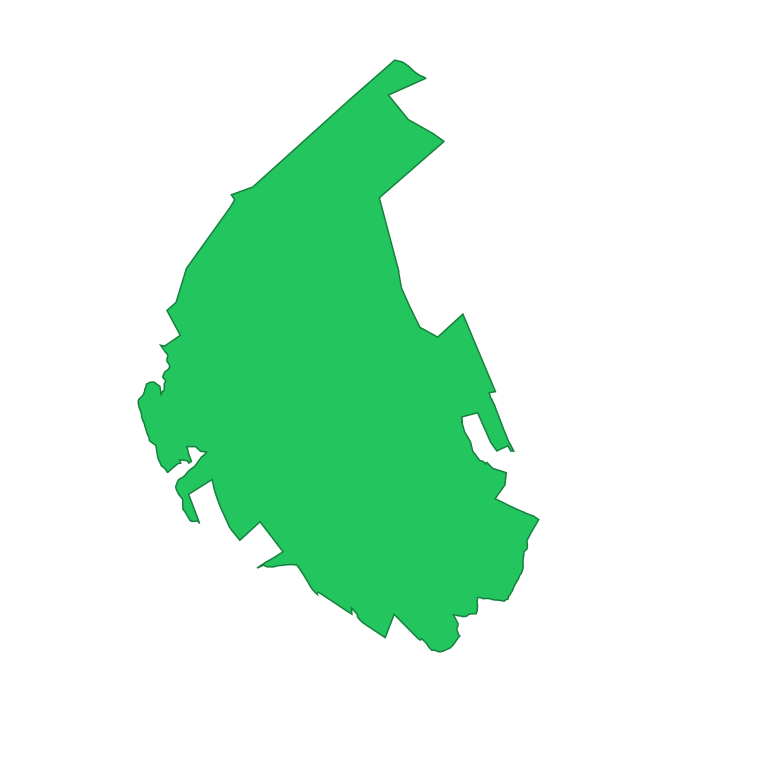 Acacoyagua, Chiapas, Mexico (Equal Earth projection), rotated 318°
{"feature_id": "50627088B49299512853097", "entity_name": "Acacoyagua", "entity_type": "district", "adm_level": 2, "iso_a3": "MEX", "parent_name": "Mexico", "parent_adm1": "Chiapas", "projection": "equal_earth", "projection_center": [-92.715, 15.405], "detail": "fine", "context": "isolated", "style": "filled", "palette": "green", "viewbox_px": 768, "rotation_deg": 318, "n_neighbors": 0, "source": "geoboundaries", "source_scale": "gbopen_adm2", "svg_char_len": 6159}
<svg xmlns="http://www.w3.org/2000/svg" viewBox="0 0 768 768"><g transform="rotate(318 384 384)"><path d="M271.8,622.0L271.6,620.6L271.8,619.6L272.3,618.9L272.6,618.0L273.1,617.2L273.2,616.3L273.9,615.0L275.1,614.1L275.6,614.0L276.4,613.6L276.8,613.2L277.5,612.8L278.6,611.8L281.2,602.1L281.9,603.0L282.5,603.4L283.2,604.4L283.7,605.4L284.3,606.1L284.6,606.6L285.8,607.8L287.2,609.9L287.8,610.4L288.9,611.1L289.9,611.8L291.0,611.9L291.3,611.8L292.6,612.0L294.2,612.7L294.9,613.1L295.5,613.6L296.5,614.5L298.7,616.4L299.9,615.6L301.3,615.1L303.4,613.0L305.2,611.4L306.7,609.1L307.9,607.7L309.0,606.8L310.5,605.3L312.3,606.7L314.4,610.3L316.6,611.8L319.1,614.5L320.7,617.3L322.6,619.4L324.0,620.8L325.5,622.6L328.1,625.9L328.7,625.7L329.5,625.8L330.8,626.2L331.7,626.6L332.3,626.8L332.8,626.6L333.8,625.5L334.5,625.2L335.2,625.2L341.2,623.5L341.7,623.0L342.6,622.8L343.7,622.1L346.0,621.2L346.9,620.8L348.9,620.2L350.2,619.7L351.2,619.5L352.0,619.2L352.9,619.0L353.7,618.6L354.5,618.3L355.8,617.6L357.9,616.7L358.7,616.8L359.4,616.6L360.1,616.3L362.3,615.0L363.9,614.1L365.0,613.0L366.0,611.9L367.2,610.4L367.9,609.5L368.5,609.0L370.2,607.2L370.8,606.9L371.1,606.4L371.8,606.0L372.1,605.6L373.0,605.1L373.4,604.7L373.9,604.2L374.3,603.9L374.7,603.1L375.7,602.5L377.5,602.2L378.9,602.4L380.0,602.1L381.1,601.5L382.5,600.0L384.1,597.8L385.2,596.1L394.2,592.8L408.2,588.4L407.0,582.8L402.9,574.8L402.1,573.4L402.4,573.3L399.9,568.2L395.3,557.4L393.2,551.8L389.8,543.7L396.0,542.1L398.2,541.8L406.4,539.9L415.5,531.7L414.8,530.5L414.1,529.2L412.0,525.7L408.3,519.3L408.0,511.1L407.3,511.0L406.1,511.6L406.0,509.3L405.9,509.3L405.9,507.9L403.6,504.1L404.4,502.7L404.3,501.2L404.8,496.6L404.9,493.4L409.5,485.0L410.1,482.3L411.6,474.6L411.8,473.7L416.0,465.0L416.1,465.4L419.9,460.6L434.3,468.0L424.4,498.3L423.8,501.8L423.7,504.0L423.4,506.0L423.1,509.4L428.1,510.7L430.8,511.7L432.1,512.0L434.9,512.9L433.3,518.5L435.5,520.7L437.4,513.7L438.2,509.9L440.2,504.4L441.0,502.3L442.6,497.6L443.2,496.1L444.8,492.2L448.8,481.8L449.8,479.0L452.2,473.1L452.4,471.8L452.5,471.7L454.0,467.1L454.0,465.8L456.3,460.8L461.7,464.3L489.4,384.8L455.3,385.1L448.6,365.9L454.9,343.8L461.2,324.3L469.7,310.7L470.3,310.4L505.1,242.5L590.0,243.9L590.9,243.7L588.0,230.6L579.0,203.8L580.6,172.2L619.4,184.7L619.4,183.9L618.8,182.1L617.8,180.2L617.0,178.2L616.1,175.0L615.5,171.9L615.0,165.2L614.2,161.1L613.3,157.8L612.5,156.0L611.7,154.8L610.4,153.2L609.5,151.6L608.5,150.5L551.7,149.7L418.3,149.8L397.2,141.2L396.3,147.2L387.9,149.8L314.5,165.9L284.1,184.2L271.9,184.1L265.2,211.5L246.3,209.0L243.9,205.7L243.2,211.8L242.8,213.5L242.9,214.5L242.9,215.8L243.0,216.6L242.7,217.4L242.5,217.9L242.0,218.7L241.5,218.9L241.3,219.1L240.9,219.3L240.2,219.6L238.7,220.9L238.1,221.6L237.8,222.2L237.6,224.8L237.4,225.4L237.1,226.4L236.7,227.1L236.3,227.7L235.8,228.3L234.4,228.2L233.4,228.9L232.3,228.6L229.4,228.3L228.9,228.5L227.9,228.7L227.4,229.1L227.1,229.4L225.7,229.8L225.4,230.0L224.9,230.3L224.4,230.8L224.1,231.2L223.9,231.8L224.2,233.8L224.1,234.4L224.1,234.9L223.7,235.4L223.4,235.7L222.2,236.5L221.8,236.5L220.8,236.8L220.4,237.2L219.9,237.7L219.7,238.3L218.8,239.0L216.7,241.4L216.3,241.5L214.7,241.4L214.1,241.5L211.9,242.5L211.2,242.7L211.8,241.4L212.5,240.9L213.1,240.2L213.5,239.6L214.1,238.5L215.5,236.5L215.9,235.8L215.8,235.1L215.6,234.5L214.9,231.3L214.6,229.2L214.1,228.5L213.3,227.7L210.9,226.0L210.4,225.8L208.8,225.6L208.2,225.3L207.4,225.2L206.9,225.4L206.4,225.7L205.6,226.5L205.0,226.8L204.4,227.0L203.2,227.6L200.9,229.5L199.9,229.8L199.3,230.2L198.5,230.7L197.8,230.9L196.7,231.1L195.4,231.2L194.6,231.2L191.2,231.4L190.6,231.7L190.0,232.1L189.7,232.6L189.1,233.3L188.5,233.8L188.0,234.6L187.6,235.5L187.2,236.1L186.9,236.5L186.6,237.3L186.1,238.2L185.3,240.1L185.0,241.2L184.7,242.1L184.2,242.9L182.7,245.4L182.0,246.1L181.5,247.2L181.0,248.3L180.2,250.3L179.6,252.4L179.1,253.6L178.6,254.4L177.7,256.1L177.4,257.1L176.8,258.2L174.5,263.2L174.1,265.0L173.5,266.5L173.2,267.0L172.8,267.8L172.2,268.4L171.8,269.2L171.7,269.4L173.3,277.0L166.4,287.8L163.8,296.2L164.5,299.0L164.5,299.8L164.5,301.2L164.3,302.2L164.2,303.0L163.9,304.6L164.4,305.0L170.6,305.0L174.9,305.2L177.5,305.2L180.0,306.8L181.4,303.6L186.5,309.4L186.0,312.2L189.2,312.6L192.2,305.0L195.7,298.7L200.9,303.5L201.6,304.0L202.1,304.6L202.5,310.1L202.6,310.7L202.8,311.5L206.5,315.8L203.3,316.4L199.6,316.1L196.8,316.7L194.1,317.3L189.0,318.4L186.8,318.4L183.5,318.0L180.8,317.9L177.8,318.2L175.4,318.7L172.6,318.7L169.8,318.2L168.0,317.6L164.9,318.5L162.8,319.8L161.2,320.4L160.1,321.6L159.5,322.5L158.9,323.9L157.7,328.3L157.6,329.0L157.5,329.6L157.4,332.6L157.3,333.8L157.2,334.6L157.0,335.0L156.6,335.5L156.4,336.0L155.5,336.9L155.3,337.3L154.8,337.7L153.9,338.8L153.2,339.8L151.3,341.8L150.9,342.4L150.7,342.9L150.6,343.5L150.6,345.3L150.3,347.3L148.6,355.5L148.7,356.3L148.8,356.7L149.7,357.9L150.1,358.4L150.9,359.0L151.2,359.3L151.8,359.6L152.6,360.2L153.3,360.5L153.8,361.5L153.8,362.2L153.7,364.3L165.0,335.2L192.3,340.0L186.8,349.8L184.9,354.0L181.7,361.6L180.0,366.3L177.0,375.6L173.4,387.1L172.9,391.0L172.8,393.8L172.3,403.6L172.8,403.7L199.7,403.4L196.7,441.1L186.6,439.5L177.3,437.4L166.4,435.8L171.0,437.3L173.2,437.9L174.7,441.5L176.6,443.3L179.8,446.2L183.2,447.8L186.8,450.5L190.4,453.0L194.6,456.4L196.7,458.8L198.1,459.8L197.6,465.2L197.0,468.1L196.6,471.6L195.7,476.0L194.5,482.2L193.7,485.9L193.3,489.4L193.4,492.7L193.7,495.9L194.4,494.8L196.0,494.9L201.3,515.2L202.8,521.5L204.1,526.4L206.1,533.6L210.0,528.6L210.1,529.4L209.9,537.3L209.9,537.5L209.5,538.3L209.0,538.5L208.7,538.9L208.5,539.5L208.4,540.1L208.2,542.0L208.2,543.1L208.5,546.8L208.6,547.3L208.7,548.2L209.4,550.4L209.9,552.9L215.2,573.3L237.4,562.0L238.7,590.5L239.0,595.8L239.6,598.6L241.6,598.7L242.0,605.2L241.2,609.8L241.3,612.2L241.2,613.6L243.0,615.3L243.9,616.3L244.1,617.1L244.5,617.6L244.8,618.0L245.3,619.5L245.6,619.8L246.6,620.3L247.6,621.3L249.1,622.0L252.2,623.0L252.4,623.1L252.5,623.1L253.0,623.3L256.7,624.5L257.6,624.3L258.2,624.3L258.8,624.3L259.2,624.4L259.7,624.3L260.8,624.2L262.9,623.8L270.1,622.1L271.4,621.9L271.8,622.0Z" fill="#22c55e" stroke="#15803d" stroke-width="1.5"/></g></svg>